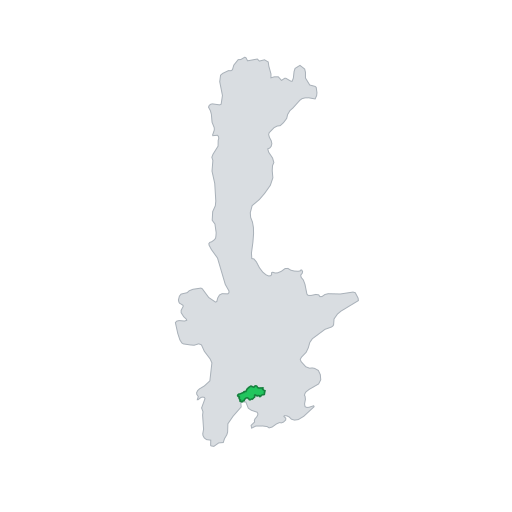 Namor, Oudômxai, Laos (highlighted), rotated 217°
{"feature_id": "54806243B14770946613819", "entity_name": "Namor", "entity_type": "district", "adm_level": 2, "iso_a3": "LAO", "parent_name": "Laos", "parent_adm1": "Oudômxai", "projection": "robinson", "projection_center": [101.708, 20.926], "detail": "fine", "context": "in_parent", "style": "filled", "palette": "green", "viewbox_px": 512, "rotation_deg": 217, "n_neighbors": 0, "source": "geoboundaries", "source_scale": "gbopen_adm2", "svg_char_len": 7356}
<svg xmlns="http://www.w3.org/2000/svg" viewBox="0 0 512 512"><g transform="rotate(217 256 256)"><path d="M191.6,82.1L193.6,86.1L202.9,96.8L204.6,99.7L208.0,101.9L210.9,111.4L212.1,112.0L213.6,111.3L214.8,110.0L215.8,106.3L216.4,105.9L217.5,109.0L220.1,109.9L221.2,111.2L221.6,113.5L221.2,115.8L219.0,121.3L217.7,128.5L226.9,144.1L230.7,146.2L239.9,148.8L246.1,152.2L248.9,151.4L251.7,147.5L255.0,145.4L261.1,142.1L262.9,141.9L266.3,143.2L271.9,147.1L280.3,154.3L280.1,156.3L278.5,158.2L274.0,161.0L272.6,162.9L273.5,163.6L277.2,164.0L281.7,165.7L283.1,167.6L283.8,171.9L284.6,172.7L288.7,172.3L290.0,172.9L291.5,174.2L293.0,177.8L292.9,180.5L288.9,185.3L288.4,188.1L286.3,191.5L280.7,197.2L279.2,197.5L268.8,194.4L260.6,194.8L259.9,196.0L261.3,199.5L261.7,202.9L260.4,205.5L255.7,208.8L255.5,210.3L256.5,211.8L263.4,214.8L285.5,231.2L295.5,234.3L300.0,236.4L301.1,237.5L301.1,239.0L299.9,240.8L299.0,244.0L299.0,245.9L300.0,247.8L301.8,250.6L308.0,256.8L312.5,258.2L317.3,265.4L318.7,271.6L321.1,275.6L332.6,289.1L342.2,297.3L347.9,306.3L350.7,308.3L351.6,311.5L352.4,320.9L355.8,325.6L356.5,327.5L357.9,328.9L359.5,329.2L362.9,326.1L363.5,326.6L365.1,331.5L366.5,333.3L371.6,336.4L377.0,342.4L379.9,344.6L383.5,346.3L384.0,348.2L383.4,350.1L382.3,351.3L376.0,354.8L375.2,356.3L379.4,364.0L389.9,373.4L393.1,379.1L392.5,381.8L389.6,387.4L387.5,388.9L386.9,390.6L388.6,395.1L388.4,402.1L386.4,403.7L384.6,408.0L383.4,408.3L380.2,406.8L373.5,414.1L370.6,413.7L367.3,417.8L363.0,418.3L360.0,415.3L353.6,410.4L351.3,407.3L349.3,410.0L346.0,412.5L341.3,411.6L340.0,415.3L339.1,415.9L333.4,416.6L332.3,417.2L333.2,420.5L336.6,426.2L337.7,429.4L335.6,434.7L329.6,434.6L327.0,432.4L323.6,427.9L316.0,424.9L310.9,427.0L309.4,426.9L305.6,423.1L304.1,420.6L303.3,417.0L309.1,414.1L312.0,411.8L313.9,409.4L314.7,406.8L315.6,396.3L316.4,392.6L315.9,388.0L314.3,384.4L314.3,379.1L315.1,374.7L317.3,372.5L318.8,369.4L319.7,362.4L319.0,360.6L316.8,358.9L313.2,357.2L310.9,355.2L309.9,352.7L310.0,350.5L311.1,348.6L308.3,346.5L301.7,344.2L298.0,341.4L297.2,338.1L294.4,333.9L289.6,328.6L287.1,321.1L286.8,311.2L287.3,303.2L289.4,293.9L286.6,287.1L283.5,283.6L279.3,281.0L275.2,277.2L271.4,272.4L266.8,265.2L261.4,255.6L257.8,251.4L255.9,252.4L252.1,251.5L246.2,248.7L241.0,247.2L236.6,247.0L233.8,247.7L232.4,249.1L232.3,250.5L233.5,252.0L232.9,253.1L230.6,253.9L228.7,255.4L226.6,258.9L225.2,263.5L223.0,265.3L219.7,265.6L216.4,267.0L213.1,269.2L211.6,270.9L211.7,272.0L211.0,272.3L209.4,271.6L208.7,270.1L208.8,267.7L207.1,266.1L203.7,265.3L199.8,262.8L192.4,256.2L190.7,255.9L188.3,257.6L185.1,261.3L182.5,262.7L180.5,262.0L178.9,263.3L177.8,266.7L175.7,269.3L165.8,276.4L156.8,285.6L154.6,286.4L149.1,283.8L147.4,282.0L154.9,263.3L156.0,258.7L155.8,252.7L152.6,247.7L152.5,246.3L153.0,244.7L156.8,238.9L161.2,223.9L161.0,219.3L159.0,214.2L158.0,209.3L158.8,202.7L158.5,200.1L156.4,198.8L149.6,197.5L145.7,198.6L143.8,200.4L141.6,201.5L137.3,202.1L133.2,199.9L129.8,196.1L129.0,191.5L133.3,181.4L134.3,177.6L134.2,175.8L133.5,173.9L132.5,173.6L130.3,171.3L128.2,167.1L126.2,165.2L124.3,165.6L122.6,167.1L119.8,171.1L118.9,170.6L121.4,156.7L123.8,150.8L126.5,148.1L129.5,147.0L132.6,147.4L135.2,146.9L137.3,145.5L137.1,144.6L134.6,144.4L133.6,142.9L134.1,139.9L135.3,138.0L137.0,137.1L138.6,134.2L140.2,129.1L142.1,126.6L144.4,126.5L148.3,124.3L153.8,120.1L155.9,115.9L158.0,117.8L157.2,122.6L158.3,123.6L158.8,125.3L158.6,128.0L159.0,130.3L159.9,131.4L161.1,131.9L166.9,130.0L170.5,129.8L176.3,133.3L179.8,130.7L179.9,129.8L177.0,126.5L177.9,114.3L177.5,105.1L172.7,98.3L171.7,95.6L171.2,91.1L169.9,87.3L173.3,84.3L175.1,78.6L177.6,77.3L178.3,77.5L181.3,81.7L185.0,79.6L187.9,79.6L190.3,80.7L191.6,82.1Z" fill="#d9dde1" stroke="#a8b0b8" stroke-width="1"/><path d="M181.2,130.5L181.1,130.8L181.1,131.0L181.0,130.9L180.8,131.0L180.7,131.0L180.7,130.7L180.3,130.7L180.2,130.7L180.1,130.8L179.8,130.9L179.7,130.9L179.5,131.0L179.3,131.2L179.3,131.3L179.3,131.5L179.2,131.6L179.3,131.9L179.3,132.0L179.2,132.2L179.2,132.3L179.1,132.5L178.9,132.8L178.7,132.9L178.7,133.0L178.4,133.3L178.4,133.5L178.6,133.8L178.8,134.0L178.9,134.3L178.9,134.5L178.7,134.7L178.7,134.8L178.8,135.0L178.7,135.1L178.7,135.5L178.7,135.8L178.6,136.1L178.5,136.4L178.5,136.6L178.3,136.9L178.2,136.9L178.1,137.1L178.0,137.3L177.7,137.4L177.4,137.7L176.9,137.7L176.6,137.5L176.4,137.5L176.1,137.7L175.8,137.7L175.5,137.5L175.3,137.5L175.1,137.4L175.0,137.2L174.8,137.2L174.5,137.4L174.2,137.5L173.9,138.0L173.8,138.4L173.4,139.2L173.3,139.4L173.0,139.5L172.7,139.5L172.6,140.0L172.6,140.3L172.5,140.6L172.5,140.8L172.5,141.6L172.4,141.9L172.4,142.1L172.3,142.5L172.2,142.5L172.2,142.8L172.3,143.0L172.6,143.1L172.8,143.4L172.9,143.5L173.2,143.8L173.4,143.9L173.4,144.0L173.3,144.4L173.2,144.6L172.9,144.7L172.5,144.7L172.3,144.8L172.1,144.8L171.3,144.8L170.8,144.8L170.7,145.0L170.6,145.5L170.5,145.8L170.4,145.8L170.2,145.9L170.1,146.0L169.8,146.1L169.6,146.2L169.3,146.1L169.2,146.0L168.9,146.0L168.7,146.0L168.7,146.3L168.5,146.2L168.4,146.3L168.4,146.6L168.3,146.8L168.2,146.7L168.2,146.8L168.0,147.0L167.9,146.9L167.8,147.0L167.8,147.3L167.8,147.5L167.9,147.8L167.9,148.0L167.7,148.3L167.5,148.7L167.4,149.0L167.2,149.3L166.9,149.4L166.7,149.5L166.4,149.9L166.4,150.1L166.1,150.2L166.0,150.4L166.0,150.5L166.3,150.7L166.4,150.8L166.4,151.2L166.4,151.3L166.5,151.4L166.6,151.5L166.8,151.7L166.9,151.9L167.1,152.1L167.3,152.2L167.1,152.6L167.3,152.8L167.5,153.3L167.6,153.8L167.9,153.8L168.0,153.6L168.8,153.5L169.4,153.5L169.6,153.6L169.8,153.5L170.0,153.5L170.3,153.5L170.5,153.5L170.6,153.8L170.7,154.0L170.8,154.1L170.8,154.4L170.9,154.6L170.9,154.9L171.0,154.9L171.3,154.6L171.5,154.6L171.8,154.4L172.0,154.2L172.2,153.9L172.3,153.7L172.8,153.6L173.1,153.2L173.3,153.0L173.4,152.9L173.5,152.9L173.7,152.6L173.8,152.6L174.0,152.5L174.1,152.4L174.3,152.4L174.5,152.3L174.6,152.2L174.8,152.1L174.9,151.9L175.0,151.9L175.9,152.1L176.6,152.4L176.9,152.5L177.1,152.5L177.3,152.5L177.9,152.3L178.3,152.0L178.4,151.8L178.6,151.6L178.6,151.4L178.7,151.2L178.7,149.9L178.9,149.8L179.0,149.9L179.3,149.7L179.6,149.7L179.8,149.6L180.0,149.5L180.4,149.3L180.5,149.4L180.8,149.3L181.0,149.4L181.3,149.3L181.4,149.2L181.7,149.1L181.8,149.0L182.0,148.8L182.0,148.7L182.1,148.3L182.2,148.1L182.3,147.9L182.3,147.5L182.5,147.0L182.6,146.7L182.8,146.6L182.8,146.4L182.7,146.3L182.8,146.2L182.9,145.8L182.8,145.5L182.8,145.4L182.9,145.2L182.9,144.9L183.0,144.7L183.1,144.4L182.9,144.2L183.0,143.6L182.9,143.4L182.7,142.9L182.6,142.5L182.6,142.4L182.7,142.2L182.7,141.9L182.6,141.7L182.9,141.6L183.0,141.5L183.0,141.4L183.3,141.3L183.4,141.2L183.5,141.0L183.5,140.9L183.6,140.7L183.7,140.4L183.6,140.1L183.8,140.1L184.0,140.1L184.0,139.9L183.9,139.9L183.9,139.5L184.0,139.4L184.1,139.1L184.4,138.6L184.5,138.3L184.7,138.2L184.9,137.8L185.1,137.4L185.2,137.2L185.3,137.0L185.4,136.9L185.7,136.4L186.0,136.0L186.2,135.8L186.4,135.6L186.6,135.2L186.7,134.9L186.8,134.9L186.8,134.7L186.9,134.4L186.9,134.2L186.9,133.9L186.9,133.7L186.4,133.2L185.9,133.3L185.9,133.2L185.6,133.1L185.4,133.2L185.3,133.3L185.1,133.6L184.7,133.5L184.6,133.4L184.4,133.4L184.2,133.3L184.2,132.9L184.2,132.7L184.2,132.4L183.9,132.2L183.7,132.1L183.3,131.9L183.2,131.9L182.9,131.7L182.4,131.7L182.3,131.4L182.2,131.3L181.9,131.2L181.8,130.8L181.7,130.7L181.3,130.4L181.2,130.5Z" fill="#22c55e" stroke="#15803d" stroke-width="1.5"/></g></svg>